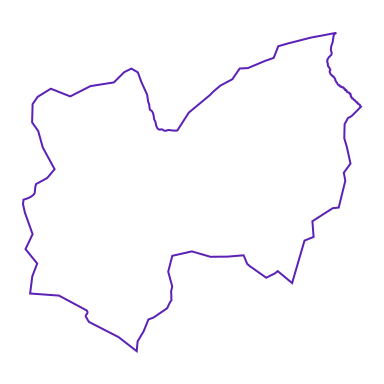 Uyanga, Övörhangay, Mongolia
{"feature_id": "93677404B10592046266618", "entity_name": "Uyanga", "entity_type": "district", "adm_level": 2, "iso_a3": "MNG", "parent_name": "Mongolia", "parent_adm1": "Övörhangay", "projection": "orthographic", "projection_center": [102.144, 46.409], "detail": "fine", "context": "isolated", "style": "outline", "palette": "violet", "viewbox_px": 384, "rotation_deg": 0, "n_neighbors": 0, "source": "geoboundaries", "source_scale": "gbopen_adm2", "svg_char_len": 3774}
<svg xmlns="http://www.w3.org/2000/svg" viewBox="0 0 384 384"><path d="M50.8,88.7L37.7,96.8L32.6,104.1L32.1,122.4L38.2,131.0L42.8,147.5L54.6,169.2L47.2,178.0L36.0,184.1L35.3,187.1L35.0,190.3L34.7,192.9L33.6,194.7L31.4,196.4L30.3,197.1L28.8,197.8L26.8,198.6L25.5,199.1L24.4,199.4L23.5,199.7L23.0,204.3L24.9,212.6L32.6,234.2L25.5,249.1L37.2,263.5L32.3,276.3L30.1,293.5L59.0,295.6L86.8,310.5L87.1,311.3L87.4,311.7L87.5,312.4L87.3,313.2L87.2,313.7L86.8,314.1L86.2,314.7L85.9,315.5L85.7,316.4L88.9,321.9L118.7,337.2L136.7,351.2L137.6,341.4L143.6,331.4L148.4,319.5L153.6,317.5L167.2,308.2L168.7,304.9L170.2,302.0L171.4,300.3L171.3,294.9L171.1,291.4L172.2,286.7L171.7,284.5L168.2,271.7L172.3,255.8L191.8,251.4L210.5,256.8L218.5,256.7L226.8,256.7L243.6,255.3L247.2,263.9L250.3,266.5L266.2,277.7L274.9,273.4L277.7,271.1L292.1,283.1L304.5,240.6L313.6,236.9L312.4,221.2L332.7,208.2L338.7,207.6L345.3,180.8L343.8,172.7L350.5,163.6L346.9,147.2L344.3,138.3L344.6,124.1L348.1,117.9L350.3,116.9L352.1,115.6L353.1,114.6L354.7,113.0L361.0,106.7L360.2,106.1L359.9,105.7L359.9,105.1L359.8,104.7L359.3,104.4L358.9,104.2L358.6,104.0L358.0,103.8L357.6,103.5L357.4,103.1L357.3,102.7L357.4,102.4L357.1,102.2L356.5,102.3L356.3,102.1L355.2,100.8L355.0,100.4L354.8,100.2L354.5,100.1L354.1,100.0L353.6,99.7L353.3,99.0L353.0,98.7L352.7,98.4L352.4,98.4L352.1,98.3L352.0,98.2L351.9,97.8L351.8,97.6L351.5,97.5L351.3,97.2L351.2,96.7L351.1,96.2L350.7,96.0L350.6,95.7L350.6,95.4L350.7,95.0L350.6,94.3L350.6,94.1L350.3,93.9L350.0,93.9L349.7,93.8L349.5,93.6L349.5,92.9L349.4,92.7L349.0,92.6L348.4,92.6L347.9,92.3L347.6,92.1L347.1,92.0L346.9,91.8L346.7,91.3L346.6,91.1L346.7,90.8L346.7,90.6L346.5,90.4L346.4,90.2L346.2,90.1L345.6,90.2L345.2,90.1L345.0,89.8L345.0,89.5L345.0,89.2L344.7,89.1L344.5,88.9L344.3,88.6L344.2,88.3L343.8,88.3L343.6,88.3L343.5,88.0L343.3,87.5L343.0,87.2L342.8,87.1L342.0,87.1L341.5,87.1L341.2,86.9L341.0,86.5L340.7,86.6L340.4,86.5L339.9,86.3L339.6,85.9L339.6,85.3L339.3,85.1L339.1,85.1L338.6,85.1L337.9,84.6L337.5,83.9L337.2,83.2L337.0,82.8L336.7,82.5L336.3,82.1L336.1,81.5L335.8,81.1L335.5,80.5L335.2,80.0L335.3,79.4L335.2,79.0L335.1,78.7L334.5,78.1L334.1,77.5L333.8,76.8L333.5,76.4L333.3,76.3L332.5,76.3L332.1,75.7L331.8,75.2L331.4,74.8L330.7,74.5L330.5,74.0L330.3,73.3L330.0,72.8L329.8,72.4L329.6,71.8L329.6,71.3L329.8,70.9L330.3,70.3L330.3,69.6L330.2,69.2L329.8,68.8L329.7,68.5L329.5,68.2L329.3,68.0L329.2,67.7L329.0,67.1L328.8,66.9L328.6,66.6L328.3,66.5L328.0,66.0L327.9,65.6L327.8,64.9L327.9,64.4L327.9,63.8L327.8,63.4L327.6,63.0L327.3,62.6L327.3,62.4L327.3,62.1L327.4,61.7L327.3,61.1L327.4,60.7L327.2,60.4L327.3,59.9L327.4,59.5L327.8,59.0L328.2,58.5L328.3,58.1L328.6,57.5L329.1,57.0L329.6,56.6L330.0,56.1L330.3,55.8L330.8,55.4L331.2,55.0L331.4,54.4L331.6,53.7L331.7,52.8L331.3,51.5L330.9,50.3L330.9,49.1L331.0,48.2L331.0,47.6L331.2,46.6L332.1,43.6L332.6,42.5L332.8,41.3L332.9,40.3L332.9,39.7L333.0,39.1L333.3,38.3L333.5,36.0L334.2,34.3L336.3,32.8L321.7,35.6L311.3,37.5L288.9,43.2L278.3,46.2L273.7,57.9L265.3,60.8L247.9,68.1L239.7,68.5L232.4,79.2L220.4,85.6L213.3,91.6L209.9,95.1L188.8,112.6L177.4,130.4L176.2,130.7L175.6,130.6L174.7,130.6L173.3,130.5L172.2,130.5L170.6,130.2L169.5,130.1L168.8,130.0L168.4,130.0L168.1,130.1L167.2,130.3L166.0,130.7L165.2,130.8L164.2,130.6L163.4,130.2L162.7,129.7L161.8,129.3L161.1,129.3L160.1,129.7L158.8,129.4L158.7,129.3L158.4,129.2L157.4,128.2L156.5,126.5L156.0,124.8L155.6,122.7L155.5,121.9L154.3,119.6L154.0,118.4L153.9,117.7L153.8,116.7L153.5,115.1L152.8,112.6L152.4,111.9L151.5,110.7L150.7,110.2L149.9,109.7L149.7,108.7L149.4,106.7L149.3,105.6L149.3,104.9L148.6,102.8L148.2,102.0L148.0,100.6L147.1,94.6L141.4,82.1L137.9,72.4L131.4,68.6L124.3,72.1L113.9,82.4L90.5,86.1L70.2,96.4L50.8,88.7Z" fill="none" stroke="#5b21b6" stroke-width="2"/></svg>